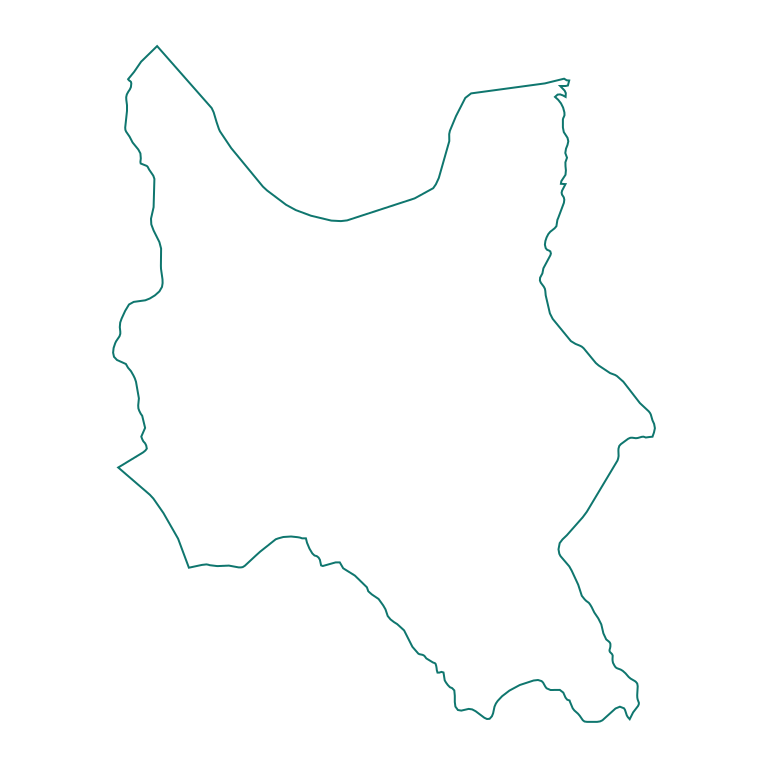 an SVG outline of Cochabamba
{"feature_id": "BOL-1291", "entity_name": "Cochabamba", "entity_type": "Department", "adm_level": 1, "iso_a3": "BOL", "parent_name": "Bolivia", "parent_adm1": "", "projection": "natural_earth1", "projection_center": [-65.4, -17.184], "detail": "fine", "context": "isolated", "style": "outline", "palette": "teal", "viewbox_px": 768, "rotation_deg": 0, "n_neighbors": 0, "source": "natural_earth", "source_scale": "10m", "svg_char_len": 4823}
<svg xmlns="http://www.w3.org/2000/svg" viewBox="0 0 768 768"><path d="M118.2,467.5L143.1,452.4L145.4,450.5L146.8,448.6L146.2,445.5L145.1,443.3L143.3,441.3L142.1,438.9L141.3,436.6L145.1,427.9L142.2,415.8L140.7,413.7L139.2,410.7L138.4,408.4L138.2,405.4L138.9,398.4L136.0,381.8L134.8,378.3L133.4,375.4L131.0,371.2L128.0,367.7L125.9,364.0L117.0,360.0L114.0,356.8L113.1,352.7L113.6,348.0L115.2,343.2L116.1,341.3L119.5,336.3L120.3,333.8L120.3,331.7L119.8,327.2L120.2,322.6L121.6,318.6L125.2,310.8L129.0,304.5L133.7,301.9L145.3,300.3L149.8,298.5L154.9,295.4L159.4,291.4L162.0,286.9L162.6,283.1L162.5,279.4L161.0,268.8L160.9,265.8L161.1,248.6L159.4,242.1L153.6,230.5L151.3,224.4L151.0,218.7L153.6,207.2L154.4,178.9L153.3,175.7L149.2,169.7L147.6,166.7L146.7,165.9L140.7,163.5L140.4,162.0L140.8,158.4L140.4,153.4L138.3,149.5L132.6,142.5L129.6,136.7L126.1,131.6L125.4,129.9L125.2,127.6L127.0,110.9L127.0,105.2L126.3,99.8L126.2,97.2L126.8,94.5L128.3,91.7L129.8,89.5L130.9,87.1L131.3,83.5L131.0,82.0L130.3,81.2L129.4,80.7L128.6,79.9L128.1,79.2L134.1,71.9L141.1,61.7L157.1,46.1L211.7,108.1L213.7,112.4L216.6,122.2L218.9,129.0L220.0,131.4L231.2,148.1L262.9,186.6L267.1,190.5L286.1,204.8L295.8,210.1L310.9,215.7L331.3,220.6L340.9,221.1L347.1,220.4L414.6,198.4L433.2,188.2L435.9,184.3L438.8,178.0L449.3,141.1L449.2,134.1L449.9,130.8L456.0,116.1L465.3,97.9L471.1,93.4L544.9,83.4L564.1,78.7L566.7,80.3L569.2,80.5L567.9,85.5L565.6,86.0L560.2,86.0L564.6,90.6L565.8,93.1L565.6,96.9L562.9,95.4L560.2,94.4L557.6,94.6L555.0,96.9L558.2,99.8L561.0,103.4L563.1,107.6L564.4,112.4L564.5,115.2L563.9,116.8L563.3,118.0L562.9,119.4L562.9,127.4L563.8,132.1L567.5,137.8L568.3,141.3L567.5,144.9L566.0,148.7L565.3,153.0L567.0,157.7L565.4,162.3L565.5,166.3L565.9,170.3L565.5,174.8L561.3,181.2L560.9,183.8L565.5,184.1L562.1,190.6L561.6,192.7L562.0,194.6L563.8,197.4L564.3,199.7L563.9,202.8L557.9,218.8L557.6,219.3L557.4,219.9L556.4,226.2L554.6,228.3L550.2,231.8L548.3,234.1L546.6,237.4L545.4,241.0L544.9,244.7L545.7,248.1L547.1,249.8L548.9,250.5L550.3,251.4L550.9,253.5L550.4,255.2L543.4,268.3L542.4,273.4L540.1,277.7L539.9,280.5L540.8,282.7L543.8,286.7L544.9,288.8L545.3,290.9L545.7,295.3L549.9,313.4L552.7,318.9L570.9,341.1L575.5,343.9L579.7,345.6L581.7,346.6L583.6,348.2L595.8,363.0L598.7,365.5L610.1,373.1L615.2,375.0L617.0,376.1L623.4,381.8L639.9,403.1L648.7,411.3L649.9,412.8L650.8,414.5L652.5,420.4L654.1,423.9L654.9,428.2L654.0,432.4L652.5,436.7L649.4,437.0L645.8,437.5L643.6,436.7L641.9,436.8L637.7,438.0L635.9,438.2L632.1,437.7L630.3,437.8L628.1,438.8L620.8,444.2L619.3,445.9L618.5,448.6L618.4,450.8L618.6,456.0L618.2,458.3L617.5,460.5L586.8,511.8L582.7,517.3L566.8,535.3L562.5,539.4L559.7,543.1L558.5,549.3L559.3,553.8L560.5,556.1L569.3,566.4L571.8,570.9L578.2,584.7L581.8,595.8L584.6,599.3L586.2,600.9L588.8,602.8L590.1,604.5L591.6,607.0L594.3,612.5L598.3,618.4L601.3,624.4L603.4,633.4L606.2,639.4L608.8,641.5L609.8,642.5L610.4,643.9L610.4,646.4L610.1,648.1L609.6,649.6L609.5,650.8L609.9,651.9L612.1,654.2L612.7,655.6L612.5,659.1L612.6,660.8L613.0,662.8L614.4,665.5L615.4,667.0L616.4,667.9L617.2,668.3L620.7,669.6L622.8,670.9L625.5,673.3L628.7,677.0L630.6,678.6L634.9,681.1L635.8,681.8L636.5,682.6L637.1,683.4L637.2,683.5L637.4,684.5L637.7,686.2L637.2,695.2L637.3,697.6L637.6,699.3L638.9,702.9L638.8,704.2L638.1,705.9L633.1,712.4L629.7,719.2L627.9,717.2L626.8,715.4L625.0,709.9L624.0,708.3L619.9,706.7L615.5,708.5L602.4,720.3L600.1,721.4L596.9,721.9L587.2,721.9L584.5,721.5L582.8,720.2L579.7,715.7L578.0,713.7L574.3,710.4L572.7,708.3L569.9,701.6L569.6,700.5L567.2,699.7L565.5,697.6L563.3,692.6L559.8,689.9L550.5,690.0L546.6,688.3L545.3,686.6L543.1,682.6L541.6,681.1L538.0,680.0L533.6,680.5L519.8,685.0L509.4,690.6L502.1,696.2L497.7,700.9L495.9,703.5L494.5,706.7L493.1,713.3L491.9,716.3L489.6,718.8L487.0,719.0L484.4,717.8L475.6,711.2L472.2,709.4L468.7,708.9L461.3,710.6L457.9,710.0L455.4,706.6L454.8,702.0L454.8,695.8L454.3,690.4L452.1,688.1L449.9,687.2L447.8,685.0L445.9,682.4L444.7,680.3L443.5,672.5L441.5,671.9L439.3,672.6L437.5,672.6L436.8,670.1L436.6,668.2L436.2,665.9L435.6,663.9L434.8,663.1L433.0,662.5L426.3,658.4L424.6,656.1L423.6,655.3L422.4,654.8L419.5,654.2L418.4,653.7L412.4,646.8L404.1,630.4L397.2,624.1L394.0,622.1L390.5,619.4L387.7,616.0L385.5,609.4L383.2,605.4L378.6,599.0L371.8,594.4L368.3,591.3L366.9,587.3L354.9,575.6L343.2,568.3L339.8,562.4L335.6,562.4L322.8,566.0L321.1,565.4L319.9,559.8L318.6,557.6L316.7,556.1L314.5,555.5L312.3,553.4L309.4,548.5L307.0,542.7L305.9,538.3L302.0,538.3L300.0,537.6L297.7,537.2L291.1,536.5L283.3,537.0L278.2,538.4L275.7,539.3L260.1,551.7L255.9,555.5L244.8,565.8L242.7,567.1L240.9,567.4L238.7,567.4L228.9,565.6L217.3,566.1L209.8,565.2L208.2,564.7L206.4,564.4L202.0,564.9L188.9,567.7L178.1,538.7L163.4,513.0L153.4,498.6L149.9,494.8L118.2,467.5Z" fill="none" stroke="#0f766e" stroke-width="2"/></svg>